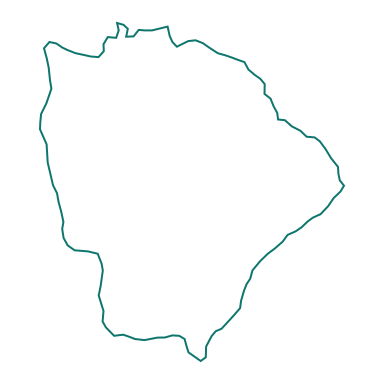 Sebastianópolis do Sul, São Paulo, Brazil
{"feature_id": "56859067B57428988015722", "entity_name": "Sebastianópolis do Sul", "entity_type": "district", "adm_level": 2, "iso_a3": "BRA", "parent_name": "Brazil", "parent_adm1": "São Paulo", "projection": "robinson", "projection_center": [-49.915, -20.635], "detail": "fine", "context": "isolated", "style": "outline", "palette": "teal", "viewbox_px": 384, "rotation_deg": 0, "n_neighbors": 0, "source": "geoboundaries", "source_scale": "gbopen_adm2", "svg_char_len": 1581}
<svg xmlns="http://www.w3.org/2000/svg" viewBox="0 0 384 384"><path d="M160.2,28.4L152.1,30.4L144.5,30.4L138.7,29.9L133.6,36.4L126.2,36.7L127.8,28.8L123.5,24.8L117.1,23.0L118.7,30.4L116.2,37.8L107.8,37.1L103.5,44.2L103.8,51.2L98.5,57.1L90.7,56.5L84.1,55.0L75.6,53.2L67.6,50.1L62.4,47.6L56.4,43.5L49.4,42.0L44.0,48.3L46.7,58.1L48.7,67.7L50.0,80.3L51.4,88.6L49.4,94.6L46.3,103.5L41.1,114.0L40.3,122.3L40.0,129.3L46.6,144.3L47.7,162.6L49.7,171.0L53.0,185.2L57.0,193.2L58.5,201.6L61.3,212.1L63.4,221.9L62.2,228.9L63.6,238.0L67.7,245.4L74.6,250.3L88.0,251.4L97.7,253.7L101.6,263.6L102.8,270.5L100.7,285.7L98.7,295.5L103.5,311.0L102.6,321.5L105.9,327.4L114.1,335.8L123.2,334.7L129.6,336.9L135.0,339.0L144.5,340.1L157.5,337.6L164.8,337.5L172.4,335.4L179.2,335.8L184.6,339.0L186.4,345.7L188.5,352.4L200.7,361.0L205.8,357.3L206.1,346.6L211.6,336.1L215.8,331.2L221.6,328.7L229.6,320.0L234.7,314.4L240.1,308.1L241.1,300.7L243.8,291.3L246.5,284.3L250.2,278.7L252.5,270.3L260.2,261.1L267.6,253.9L274.8,248.5L282.7,241.6L287.6,234.9L295.7,231.3L301.8,227.1L307.6,221.5L312.8,217.7L320.6,214.1L328.2,206.1L333.7,198.0L340.5,191.5L344.0,185.7L339.8,180.3L338.4,173.8L338.0,166.9L331.0,158.1L325.5,149.0L319.8,141.3L314.6,137.4L306.6,136.7L300.3,130.7L291.9,126.4L284.9,120.2L278.1,119.5L277.2,112.9L273.6,106.2L270.5,98.6L264.5,93.9L264.7,84.1L260.3,78.8L254.7,74.9L248.4,69.5L244.4,62.1L238.0,59.9L232.3,57.7L225.6,55.4L217.8,53.2L209.2,47.6L202.8,43.1L195.5,40.3L188.2,41.1L182.7,43.8L176.9,46.7L172.4,42.0L169.7,36.0L167.6,26.6L160.2,28.4Z" fill="none" stroke="#0f766e" stroke-width="2"/></svg>